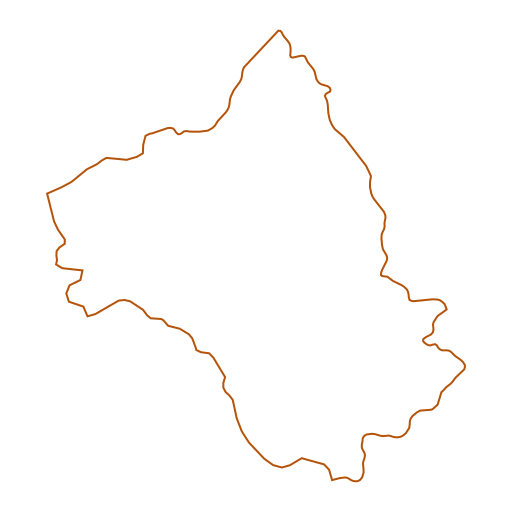 an SVG outline of Aveyron
{"feature_id": "FRA-5272", "entity_name": "Aveyron", "entity_type": "Metropolitan department", "adm_level": 1, "iso_a3": "FRA", "parent_name": "France", "parent_adm1": "", "projection": "mercator", "projection_center": [2.826, 44.313], "detail": "fine", "context": "isolated", "style": "outline", "palette": "amber", "viewbox_px": 512, "rotation_deg": 0, "n_neighbors": 0, "source": "natural_earth", "source_scale": "10m", "svg_char_len": 3313}
<svg xmlns="http://www.w3.org/2000/svg" viewBox="0 0 512 512"><path d="M126.7,159.8L136.7,156.9L142.9,153.3L143.2,144.9L145.5,135.9L149.6,133.8L152.0,133.4L167.9,128.0L170.8,127.9L173.3,128.6L174.9,130.5L176.1,132.4L178.1,134.2L179.7,134.2L181.4,133.4L183.6,131.7L185.3,131.1L186.8,131.1L189.7,131.6L199.5,131.7L207.8,130.6L212.2,128.2L215.0,125.6L217.8,121.0L225.7,112.5L227.2,110.4L228.4,108.2L229.2,105.8L230.1,98.8L230.8,96.6L233.7,90.3L239.7,82.1L241.2,79.3L241.8,77.0L242.4,72.2L242.9,69.9L243.9,67.4L278.3,30.7L280.3,30.9L281.7,32.3L282.8,34.7L284.3,37.0L287.9,41.2L289.5,43.6L290.3,46.1L290.6,48.6L290.6,50.9L290.2,55.5L291.0,57.1L292.7,57.6L300.3,55.9L302.6,55.7L303.9,56.0L305.0,56.6L307.9,62.4L313.3,69.1L314.6,71.6L316.4,79.0L317.6,81.2L319.3,83.1L321.5,84.4L327.3,86.1L328.6,86.8L330.0,88.2L330.5,89.9L330.0,91.6L327.6,92.8L325.7,94.1L324.9,95.9L325.8,98.1L326.9,100.5L327.5,102.9L327.8,105.3L328.3,112.7L328.7,115.1L329.8,120.0L331.9,124.8L333.4,127.1L335.1,129.4L343.9,136.9L366.2,166.0L370.9,175.8L370.7,178.3L370.2,180.5L370.0,183.6L370.0,187.3L371.2,193.2L372.5,196.6L374.1,199.2L384.0,211.9L385.3,215.3L385.5,218.0L384.9,220.4L384.5,223.1L384.6,226.4L384.1,229.1L382.9,231.4L381.9,233.8L381.5,236.1L381.5,238.9L382.0,244.8L382.9,249.2L386.6,255.5L387.2,258.2L386.7,260.7L382.1,270.0L381.2,272.4L381.0,275.1L382.3,276.1L387.3,276.7L392.9,280.9L401.9,285.3L404.2,286.9L406.9,289.5L408.1,292.0L408.6,294.7L408.8,297.2L409.5,299.9L411.4,300.8L413.6,301.2L432.6,299.3L437.3,299.5L439.8,300.2L442.2,301.8L444.7,304.2L446.7,309.4L446.6,309.5L437.5,316.1L433.6,322.1L433.0,324.5L433.5,329.5L432.8,332.5L430.8,334.6L425.8,337.2L423.3,339.1L423.1,341.0L424.3,342.6L426.3,344.1L428.4,345.2L430.6,345.4L432.9,344.6L435.1,344.2L436.9,345.4L438.3,347.9L440.1,349.5L442.1,350.3L446.9,350.3L449.1,350.7L451.2,352.0L454.8,355.7L461.1,360.2L463.0,362.1L464.8,364.9L464.9,367.2L464.3,369.1L463.8,369.8L463.6,370.0L455.4,377.8L452.5,381.8L450.7,383.7L446.1,387.3L443.5,390.3L441.4,392.2L437.6,404.7L432.4,409.3L430.6,409.8L420.1,410.6L416.6,412.6L412.4,416.1L410.5,419.0L409.8,421.7L409.7,424.6L409.2,428.0L406.0,433.0L403.3,435.4L400.5,436.8L398.1,437.3L395.9,437.3L393.7,437.0L389.9,435.8L388.6,435.6L382.3,436.1L380.2,435.7L375.2,434.2L371.8,433.8L366.5,434.5L363.9,436.2L362.7,438.4L362.6,440.6L361.8,445.0L361.8,447.3L362.6,449.6L363.9,451.8L364.9,454.2L364.8,456.5L364.3,458.8L363.4,461.1L363.0,463.6L363.5,469.0L363.6,472.3L362.2,477.3L360.2,479.8L357.9,481.1L355.5,481.3L353.3,481.0L351.3,480.2L348.4,478.4L346.5,477.6L344.4,477.5L339.3,478.2L332.1,480.1L329.1,469.7L324.1,464.4L301.7,458.2L290.0,465.2L281.9,467.5L273.1,465.1L264.2,458.7L249.0,442.6L241.8,431.4L236.7,418.2L232.7,399.8L229.4,395.5L225.5,391.9L223.4,387.8L223.3,383.0L225.1,377.1L213.4,357.7L209.2,353.3L200.9,352.2L196.3,350.0L196.0,348.5L192.3,338.4L188.8,334.2L179.7,328.7L168.2,325.8L163.3,320.2L161.2,319.0L150.7,318.3L147.2,315.4L143.0,309.8L130.3,301.4L124.7,300.0L118.7,300.6L95.3,314.1L87.5,316.3L84.2,308.6L83.4,306.6L68.9,301.7L66.3,293.5L69.5,285.3L80.4,280.0L82.5,270.4L62.2,268.2L56.1,264.5L57.0,260.2L56.4,255.5L56.6,251.1L59.5,247.4L64.7,243.8L64.8,239.5L58.0,229.7L54.1,221.5L47.1,193.6L61.4,187.3L71.5,181.9L87.0,169.2L97.1,164.1L101.6,160.6L106.4,157.9L126.7,159.8Z" fill="none" stroke="#b45309" stroke-width="2"/></svg>